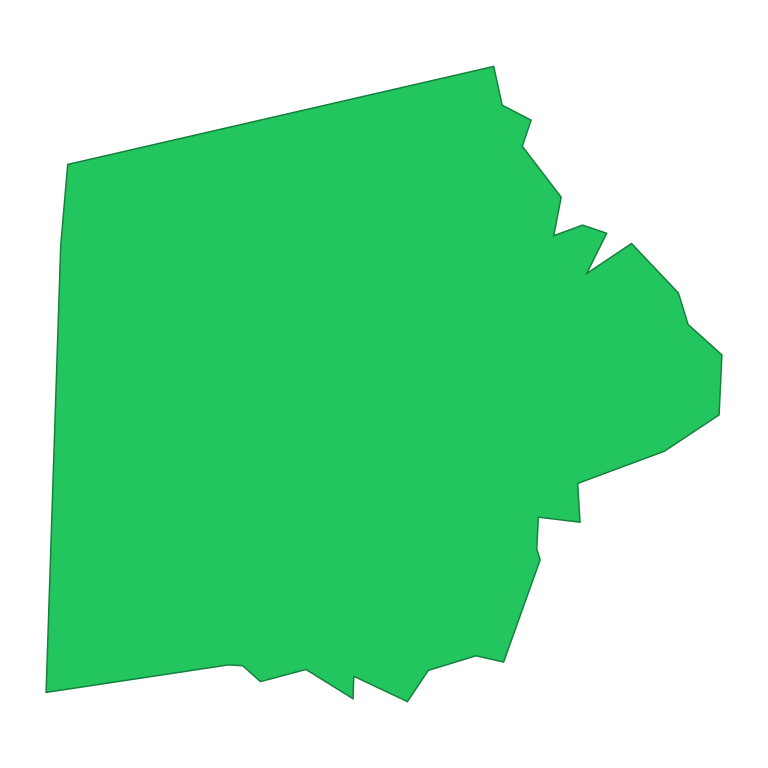 Putnam, Georgia, United States of America (Albers equal-area conic projection)
{"feature_id": "52423323B84138230189423", "entity_name": "Putnam", "entity_type": "district", "adm_level": 2, "iso_a3": "USA", "parent_name": "United States of America", "parent_adm1": "Georgia", "projection": "albers", "projection_center": [-83.3, 33.326], "detail": "fine", "context": "isolated", "style": "filled", "palette": "green", "viewbox_px": 768, "rotation_deg": 0, "n_neighbors": 0, "source": "geoboundaries", "source_scale": "gbopen_adm2", "svg_char_len": 535}
<svg xmlns="http://www.w3.org/2000/svg" viewBox="0 0 768 768"><path d="M67.7,164.4L60.7,246.2L46.1,692.4L228.4,664.9L242.7,665.7L260.4,681.6L306.0,669.5L353.0,698.7L353.8,676.3L407.4,701.6L428.3,670.4L475.9,655.8L503.6,662.1L540.1,559.9L536.8,548.8L538.3,517.2L580.0,522.2L577.7,483.4L664.4,451.2L719.1,414.9L721.9,354.9L688.1,324.5L678.4,293.0L631.5,243.5L586.7,273.5L606.7,233.3L582.5,225.1L553.7,235.7L561.2,197.2L522.3,146.3L531.1,120.2L502.2,105.2L493.7,66.4L67.7,164.4Z" fill="#22c55e" stroke="#15803d" stroke-width="1.5"/></svg>